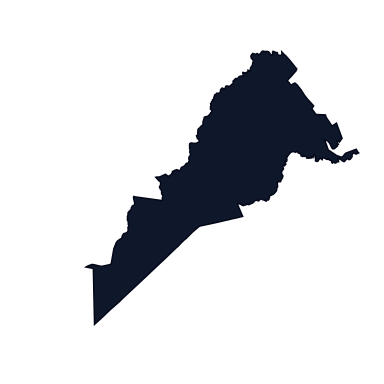 Turbo, Rift Valley, Kenya (Robinson projection), rotated 322°
{"feature_id": "3690345B72874132614538", "entity_name": "Turbo", "entity_type": "district", "adm_level": 2, "iso_a3": "KEN", "parent_name": "Kenya", "parent_adm1": "Rift Valley", "projection": "robinson", "projection_center": [35.133, 0.601], "detail": "fine", "context": "isolated", "style": "filled", "palette": "ink", "viewbox_px": 384, "rotation_deg": 322, "n_neighbors": 0, "source": "geoboundaries", "source_scale": "gbopen_adm2", "svg_char_len": 6155}
<svg xmlns="http://www.w3.org/2000/svg" viewBox="0 0 384 384"><g transform="rotate(322 192 192)"><path d="M347.4,263.8L347.3,262.9L347.7,259.4L337.0,256.1L336.4,256.1L332.4,257.0L331.5,256.7L330.6,255.7L328.4,252.3L325.7,243.9L325.1,243.2L328.6,232.8L329.9,234.4L330.4,235.4L330.5,238.5L329.5,242.7L329.4,243.8L329.5,244.6L330.2,245.3L331.1,245.5L335.0,245.3L335.4,244.5L335.9,244.3L336.7,244.5L337.2,241.6L338.7,241.6L338.9,243.4L343.3,242.1L348.2,226.7L342.9,226.2L343.7,215.7L344.6,213.4L337.4,207.2L337.7,200.2L340.9,199.0L340.2,190.0L340.2,184.9L340.8,179.0L340.8,172.5L340.3,169.7L339.7,169.3L337.8,168.9L336.3,168.9L335.6,168.3L335.9,165.8L335.7,164.6L335.2,163.4L335.8,162.9L336.4,162.9L338.3,162.3L341.1,162.0L348.7,160.5L349.5,160.1L350.3,159.5L350.1,148.1L349.7,141.8L349.4,141.0L349.0,136.9L348.1,138.3L347.4,138.8L346.5,139.1L345.8,138.9L344.6,137.6L344.2,136.8L344.3,136.1L344.7,135.5L345.0,134.6L344.0,133.7L342.9,131.5L342.4,131.0L341.7,131.3L341.2,131.8L340.9,132.7L340.4,133.4L339.5,133.2L338.7,132.5L338.7,128.5L337.4,127.2L335.4,125.7L335.2,125.1L334.3,124.5L333.6,124.3L330.8,125.1L330.0,125.1L329.2,124.8L328.8,123.8L328.7,123.0L327.5,122.8L326.7,122.4L325.2,120.2L323.7,120.5L323.2,120.8L322.5,120.9L321.9,121.3L321.6,122.4L321.0,123.2L321.3,124.2L321.3,125.7L321.1,126.4L320.6,127.0L319.4,127.5L318.3,128.8L316.8,129.6L315.4,129.9L314.1,130.6L313.5,131.4L312.4,132.2L311.7,132.1L311.5,131.0L311.0,130.5L310.8,131.2L310.3,131.7L309.5,131.3L309.0,131.9L308.3,131.9L307.4,130.7L306.7,130.4L306.3,129.6L305.6,129.1L305.1,129.6L304.5,131.6L304.0,131.9L302.0,130.8L300.7,130.2L300.0,130.1L298.3,130.6L297.4,130.4L296.1,129.4L294.7,129.7L293.0,129.8L292.3,130.2L291.8,131.2L291.2,131.8L289.1,131.7L287.0,132.0L286.4,131.6L285.8,131.5L285.5,130.6L284.4,129.6L283.6,129.5L282.5,130.3L281.6,130.7L280.8,130.6L280.3,129.8L280.1,128.9L279.4,128.6L277.4,129.1L275.8,130.7L274.8,130.9L273.9,130.6L272.2,129.3L271.6,129.4L271.0,129.9L270.3,129.8L269.7,129.4L267.1,131.2L266.7,132.1L266.0,132.4L265.2,131.9L264.0,132.9L263.3,132.8L262.2,133.6L261.0,133.8L260.3,135.4L258.8,136.4L258.5,137.2L257.6,137.9L257.8,140.0L257.3,140.7L256.6,141.1L255.7,141.0L254.0,141.7L251.8,142.0L251.0,141.9L247.8,140.6L246.4,141.8L243.7,143.6L242.8,144.9L242.3,145.5L240.6,146.0L240.0,145.6L239.2,146.1L238.5,145.9L237.6,146.3L236.6,146.1L235.7,146.2L234.9,146.7L234.4,147.4L233.7,148.0L233.1,148.8L232.5,149.3L232.2,150.0L231.7,150.6L230.2,150.4L229.3,153.0L229.5,156.1L229.0,157.0L227.3,156.5L226.6,156.7L225.1,156.0L223.0,154.5L222.0,153.2L221.5,152.8L220.0,152.5L218.6,153.9L217.7,155.5L217.0,155.9L216.6,157.4L214.7,159.3L214.4,160.9L212.9,162.3L211.7,162.4L211.0,162.7L209.7,164.2L209.4,165.4L208.6,165.8L206.9,167.1L205.8,166.2L205.0,166.0L201.9,166.9L201.1,166.5L200.4,166.6L199.0,166.1L198.1,166.4L197.1,167.2L195.4,167.5L194.6,167.4L194.3,165.6L193.8,165.1L192.4,164.5L189.6,163.9L188.8,164.0L188.6,164.8L188.2,165.3L187.4,165.0L186.1,165.6L185.3,165.3L184.3,165.3L182.9,164.9L182.0,161.7L176.0,160.3L174.8,159.6L173.6,158.6L172.5,158.1L172.9,163.2L173.4,164.3L173.2,164.9L171.8,166.9L171.1,167.4L170.4,167.4L169.2,168.4L169.3,169.3L168.8,170.1L169.0,171.2L168.9,172.1L167.1,174.5L166.5,177.5L166.1,178.2L165.3,178.1L163.3,180.5L143.7,160.3L143.4,159.7L142.7,160.2L142.2,160.8L141.8,161.5L141.5,162.5L140.9,163.3L140.8,164.0L140.1,165.3L139.5,166.0L138.8,166.6L138.0,166.8L137.3,166.4L136.4,166.3L134.9,166.9L133.0,168.4L131.5,168.4L129.5,168.8L128.7,169.1L128.2,169.7L127.7,170.5L126.0,171.5L125.6,172.4L124.0,174.0L123.3,176.5L121.8,178.3L121.6,179.9L119.8,180.4L117.9,183.2L115.7,184.0L112.8,182.9L111.9,182.9L110.0,183.7L108.6,184.9L107.5,185.1L106.0,184.8L103.0,184.8L101.3,185.2L95.5,188.6L84.3,198.7L83.2,198.8L82.2,198.5L75.1,195.0L74.5,194.5L69.3,188.1L68.3,187.4L64.5,186.2L62.3,185.9L67.2,191.5L33.7,236.3L42.8,235.6L54.9,234.4L68.5,233.6L71.0,233.2L100.0,230.6L132.2,227.6L144.4,226.3L147.4,226.2L151.0,225.6L156.4,225.0L158.9,225.0L167.5,223.9L176.2,223.5L177.5,223.8L192.1,230.9L216.9,242.4L219.9,231.0L220.9,229.3L222.3,230.4L222.4,231.3L223.1,231.9L223.1,232.7L224.1,234.4L225.4,234.6L225.9,235.1L226.6,235.3L228.0,235.3L228.5,236.6L229.2,237.0L233.1,238.0L234.3,238.0L236.2,237.5L238.3,238.4L238.4,239.3L238.9,240.0L240.3,239.8L241.9,239.9L242.6,240.3L243.0,241.9L243.7,242.3L244.7,244.8L246.0,244.7L246.8,244.8L247.3,245.3L247.9,245.2L248.0,244.5L248.6,244.2L249.4,244.4L249.8,243.4L250.3,243.0L251.6,243.1L253.1,243.5L253.8,243.4L254.4,243.8L255.8,243.8L259.0,243.1L259.7,242.7L261.3,241.1L262.6,240.6L263.1,240.1L264.1,238.3L264.9,237.2L265.7,237.3L266.7,236.6L267.7,238.2L268.3,238.3L269.8,237.3L270.6,237.1L271.3,236.6L272.1,236.5L272.6,235.9L273.4,235.5L273.7,234.9L273.7,233.4L274.6,231.6L276.5,230.5L278.1,230.3L278.5,229.8L278.6,229.0L279.1,228.4L279.5,227.7L280.2,227.3L280.8,227.5L281.1,228.3L281.8,228.1L282.4,227.7L283.1,227.8L283.7,225.1L284.5,225.4L285.0,226.1L285.7,225.9L286.5,225.3L287.0,224.6L287.1,223.7L287.6,223.3L288.3,223.2L288.7,222.6L290.2,222.5L291.6,222.0L294.1,221.6L295.6,221.8L296.3,222.5L297.0,222.6L297.5,223.1L297.8,224.2L298.3,224.5L299.0,224.4L299.4,224.9L300.2,225.1L300.2,225.8L299.8,226.2L299.8,226.9L300.3,227.3L301.0,229.0L300.7,229.7L300.7,230.4L300.2,230.8L301.2,232.2L301.8,232.0L302.0,232.6L303.3,233.8L303.7,234.5L303.8,235.5L303.4,236.1L304.9,237.3L305.7,237.1L305.9,238.0L306.7,238.1L307.2,238.7L307.8,238.1L308.4,238.5L308.6,239.2L309.1,238.6L309.9,238.6L310.3,238.1L311.0,238.0L311.7,238.3L311.6,239.1L310.1,240.8L310.5,241.5L310.1,242.1L308.8,242.9L308.5,243.5L308.8,244.3L309.8,245.2L311.1,245.0L311.6,244.6L313.1,244.3L314.1,244.8L314.4,246.6L316.1,245.6L316.7,246.1L317.7,247.6L317.9,248.6L318.9,249.8L319.5,250.0L320.0,250.5L320.0,251.4L321.3,253.4L320.3,254.6L320.4,255.6L321.0,255.5L321.7,255.8L322.6,257.2L323.2,257.7L323.9,257.2L326.2,258.4L326.7,257.4L326.8,256.3L327.5,255.9L328.8,257.1L329.2,258.1L329.8,260.6L330.5,261.7L331.3,261.8L333.3,261.3L334.6,261.3L335.2,261.8L335.6,263.1L336.3,263.5L337.2,263.6L338.6,263.1L339.1,262.8L339.9,262.8L340.9,261.4L341.4,261.0L343.0,260.8L343.5,260.9L344.6,263.1L347.4,263.8Z" fill="#0f172a" stroke="#020617" stroke-width="1.5"/></g></svg>